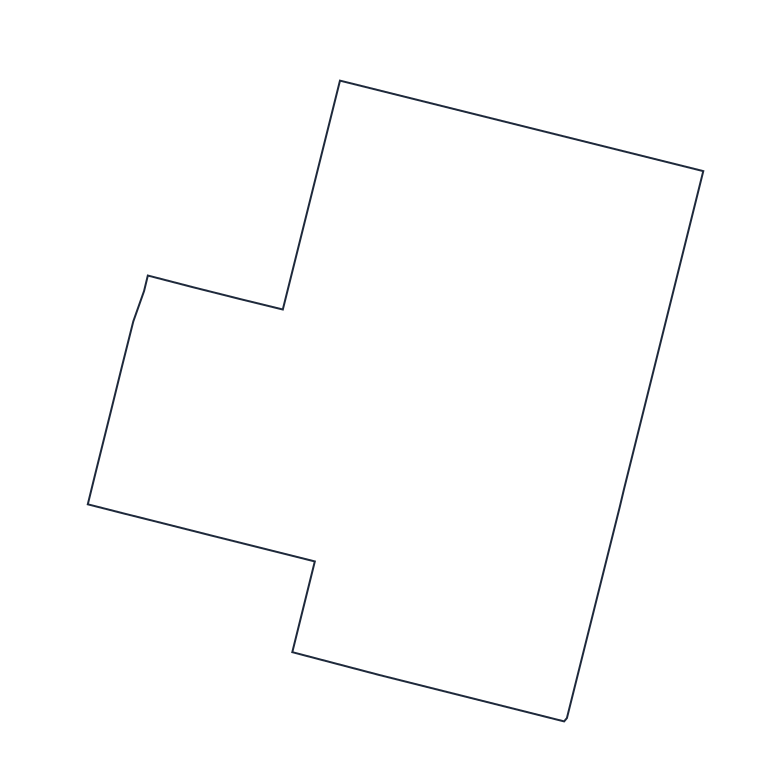 outline of Creek, Oklahoma, United States of America, rotated 194°
{"feature_id": "52423323B90681107174232", "entity_name": "Creek", "entity_type": "district", "adm_level": 2, "iso_a3": "USA", "parent_name": "United States of America", "parent_adm1": "Oklahoma", "projection": "natural_earth1", "projection_center": [-96.229, 35.901], "detail": "fine", "context": "isolated", "style": "outline", "palette": "slate", "viewbox_px": 768, "rotation_deg": 194, "n_neighbors": 0, "source": "geoboundaries", "source_scale": "gbopen_adm2", "svg_char_len": 454}
<svg xmlns="http://www.w3.org/2000/svg" viewBox="0 0 768 768"><g transform="rotate(194 384 384)"><path d="M500.1,667.7L500.2,431.8L544.6,431.6L593.1,431.7L639.4,432.1L639.3,416.2L642.4,384.1L642.5,336.9L642.4,289.7L642.4,242.5L642.4,226.9L642.3,195.6L603.5,195.4L579.9,195.4L514.3,195.2L408.2,195.1L408.1,101.6L318.3,100.5L127.6,100.2L125.7,104.1L125.5,321.3L125.7,340.4L125.7,667.8L500.1,667.7Z" fill="none" stroke="#1e293b" stroke-width="2"/></g></svg>